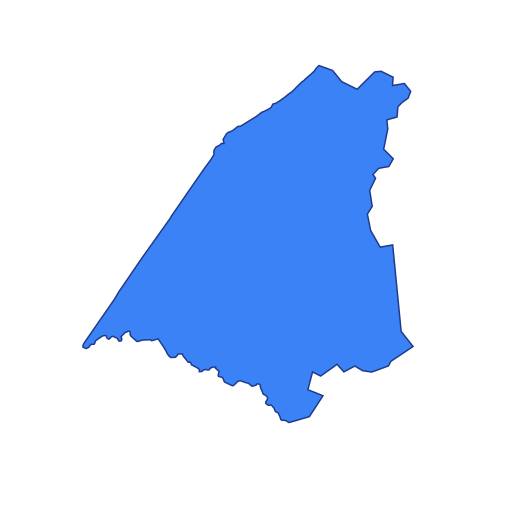 the district of Pike, Kentucky, United States of America, rotated 166°
{"feature_id": "52423323B94553693259062", "entity_name": "Pike", "entity_type": "district", "adm_level": 2, "iso_a3": "USA", "parent_name": "United States of America", "parent_adm1": "Kentucky", "projection": "orthographic", "projection_center": [-82.303, 37.469], "detail": "fine", "context": "isolated", "style": "filled", "palette": "blue", "viewbox_px": 512, "rotation_deg": 166, "n_neighbors": 0, "source": "geoboundaries", "source_scale": "gbopen_adm2", "svg_char_len": 2670}
<svg xmlns="http://www.w3.org/2000/svg" viewBox="0 0 512 512"><g transform="rotate(166 256 256)"><path d="M150.6,121.2L125.5,130.2L133.4,147.7L120.7,233.7L133.4,234.6L138.6,253.1L137.8,269.7L131.2,276.1L129.8,292.2L121.2,302.5L122.8,306.8L115.7,311.4L105.5,310.7L99.3,317.1L106.3,328.7L97.4,347.4L96.1,356.4L85.5,356.8L82.2,366.5L77.0,369.7L70.2,372.4L66.1,378.3L70.3,387.5L82.3,388.4L79.7,396.3L90.0,405.0L96.3,405.9L117.5,393.3L130.7,404.5L136.8,417.5L148.9,425.6L152.4,423.4L154.6,421.4L156.3,420.4L165.6,415.6L167.1,414.6L169.2,413.9L173.1,411.6L177.2,409.2L177.4,409.0L181.9,406.4L183.2,406.0L187.6,404.2L188.1,403.8L194.6,401.1L199.7,399.4L202.7,399.4L205.2,396.7L206.6,395.9L213.2,394.3L215.6,394.1L222.0,391.3L238.0,386.2L239.2,385.8L242.5,386.0L248.5,383.2L253.1,382.7L255.3,381.5L259.7,377.1L259.8,372.9L262.2,373.6L264.9,372.1L268.3,371.5L271.1,368.8L271.9,366.7L272.0,365.0L272.6,364.2L273.4,363.4L275.8,361.0L284.5,353.8L303.1,337.5L328.7,314.9L329.1,314.2L367.1,281.7L397.7,254.5L403.6,248.5L444.3,212.7L445.7,210.6L445.9,209.4L443.3,207.3L440.3,207.9L438.1,209.9L437.3,210.2L434.8,209.6L434.0,209.8L432.3,212.4L431.6,212.8L425.0,215.3L424.1,215.6L421.7,215.4L420.8,214.9L420.3,212.3L419.3,211.0L418.2,211.1L416.1,212.5L414.4,212.8L410.4,209.7L409.8,207.1L409.4,206.5L407.5,206.2L406.5,207.2L406.3,208.6L406.5,210.3L401.6,213.4L400.3,213.4L398.4,213.9L397.4,213.8L396.8,213.4L396.6,212.1L397.2,210.2L396.8,208.6L392.4,202.1L391.5,201.6L386.8,201.9L384.6,201.5L378.3,200.2L378.1,199.4L377.7,199.0L371.0,199.3L367.2,188.8L367.2,188.0L366.6,187.2L365.7,182.5L364.3,179.4L363.4,178.2L358.7,177.2L356.3,178.7L355.3,179.8L351.2,178.7L350.7,176.2L347.4,169.2L345.5,168.9L345.1,168.0L345.0,166.1L341.3,162.9L339.0,160.6L338.5,159.3L339.0,157.5L336.8,157.1L336.4,157.0L336.1,157.4L333.6,158.3L329.2,156.8L328.6,157.1L328.1,157.9L327.7,158.1L325.0,158.6L323.2,158.4L322.1,157.9L322.5,157.0L319.8,153.1L319.8,152.6L320.4,151.9L321.6,149.3L321.6,148.5L320.3,147.5L318.2,146.5L317.5,144.9L317.2,141.9L316.9,141.2L310.4,135.9L309.7,135.7L308.1,136.3L304.0,138.8L301.6,138.9L296.3,135.4L294.3,134.5L291.4,130.6L287.2,130.6L286.3,131.7L284.5,131.2L283.3,130.4L283.1,129.2L283.4,128.5L283.3,125.7L283.1,125.5L282.4,120.6L282.3,120.0L281.6,119.6L279.8,117.7L279.1,115.9L279.5,114.3L281.8,112.1L282.1,110.5L281.4,109.4L280.0,108.1L277.7,107.8L276.9,107.2L275.2,103.7L275.0,101.2L274.7,100.3L272.5,98.5L271.7,94.7L271.5,91.4L271.2,90.9L270.8,90.5L267.3,89.4L264.2,86.4L243.1,87.2L224.8,104.2L238.0,113.7L229.2,129.8L222.3,123.9L203.5,131.3L198.8,122.3L186.7,125.3L180.3,118.9L171.8,115.4L154.1,117.3L150.6,121.2Z" fill="#3b82f6" stroke="#1e3a8a" stroke-width="1.5"/></g></svg>